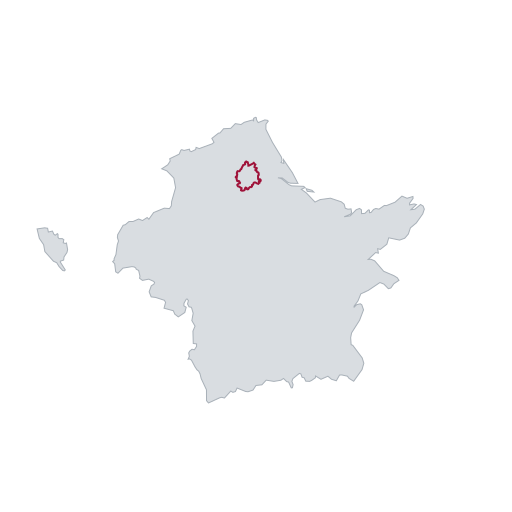 location of Lot-et-Garonne within France, rotated 141°
{"feature_id": "FRA-5319", "entity_name": "Lot-et-Garonne", "entity_type": "Metropolitan department", "adm_level": 1, "iso_a3": "FRA", "parent_name": "France", "parent_adm1": "", "projection": "mercator", "projection_center": [0.533, 44.365], "detail": "fine", "context": "in_parent", "style": "outline", "palette": "rose", "viewbox_px": 512, "rotation_deg": 141, "n_neighbors": 0, "source": "natural_earth", "source_scale": "10m", "svg_char_len": 6114}
<svg xmlns="http://www.w3.org/2000/svg" viewBox="0 0 512 512"><g transform="rotate(141 256 256)"><path d="M373.7,218.5L370.9,220.0L369.3,223.0L367.5,223.8L364.4,223.8L362.9,221.9L359.1,223.1L357.5,225.1L359.8,227.5L352.3,237.3L347.5,239.9L346.5,246.2L340.9,251.0L338.8,255.9L338.6,256.9L340.0,258.6L339.4,261.8L336.6,263.9L336.6,266.0L337.4,266.3L341.7,264.6L343.4,262.7L342.5,260.1L346.9,256.9L354.7,257.6L355.7,261.9L354.7,265.5L360.3,273.3L355.4,276.9L355.1,279.3L360.1,287.0L363.2,290.2L361.6,295.4L356.2,298.7L352.9,298.4L351.4,299.3L351.6,300.9L353.9,305.5L359.6,308.5L360.5,312.0L358.9,313.3L356.3,318.6L357.4,321.2L357.0,322.3L357.5,324.1L359.1,325.8L367.0,330.3L374.1,329.5L375.0,332.0L370.7,338.9L370.9,341.9L368.7,342.0L368.3,343.0L363.9,345.3L356.7,352.1L353.4,354.2L352.1,357.6L350.1,359.6L339.9,363.5L337.9,362.6L333.0,362.7L329.9,360.2L323.9,358.6L321.9,355.0L316.4,354.4L316.1,352.0L308.2,354.2L297.2,350.9L293.4,347.3L290.2,348.3L287.3,351.4L275.5,359.7L270.8,368.3L271.7,378.3L274.4,383.1L267.2,382.4L262.9,383.8L261.8,385.9L251.6,383.5L247.9,385.5L246.8,385.4L245.5,383.3L240.5,380.9L241.3,379.3L240.6,377.8L235.9,376.7L234.2,378.1L232.5,375.2L219.3,370.7L217.1,370.8L216.3,375.2L207.8,375.1L206.6,374.3L201.1,375.3L195.3,371.1L188.8,371.9L184.9,367.6L181.0,367.3L175.6,365.0L173.1,363.9L172.8,362.6L171.2,364.5L169.1,364.1L168.7,363.5L170.0,361.1L170.3,358.3L163.5,356.2L161.7,354.2L161.6,353.1L165.3,352.2L168.6,348.2L171.7,334.0L174.0,317.0L175.7,313.8L177.8,312.9L176.1,310.5L174.0,313.6L175.3,297.9L177.7,286.0L183.4,290.9L184.8,293.0L186.5,300.1L189.7,303.0L187.6,300.2L185.5,290.7L184.2,288.1L175.1,280.1L174.8,278.3L178.8,279.3L177.2,273.3L176.2,260.8L170.7,259.5L161.8,254.1L155.6,244.4L154.9,240.8L156.6,236.9L155.1,234.5L152.5,232.8L154.5,229.4L156.4,229.1L162.8,231.0L157.5,227.9L149.0,228.9L145.6,227.8L145.0,225.5L147.3,222.5L144.5,220.6L139.6,221.1L139.0,220.3L140.5,218.2L139.2,217.4L135.3,218.2L133.0,217.5L130.9,215.0L124.4,214.5L123.0,213.1L114.1,210.3L104.9,210.7L102.3,205.8L96.6,203.5L97.7,201.9L103.4,200.4L104.5,199.1L100.4,197.0L98.9,195.0L106.5,194.5L103.1,192.4L95.7,192.5L94.7,189.6L95.7,186.5L99.9,183.8L110.6,180.8L118.3,180.7L123.8,177.2L129.2,176.2L134.4,178.0L141.4,186.6L146.9,182.8L155.2,182.9L156.9,185.1L159.1,181.2L160.9,183.4L171.0,182.7L168.7,181.1L166.8,177.5L166.4,163.8L161.2,153.9L159.9,150.2L160.2,147.1L166.3,147.7L171.3,146.3L173.7,147.3L174.3,153.7L176.4,157.4L190.3,158.6L198.4,160.6L205.1,156.9L211.4,155.3L211.9,154.5L208.3,154.8L205.0,153.2L204.5,151.5L206.3,146.5L215.9,140.9L230.1,136.1L233.8,133.0L237.9,127.2L237.0,125.7L237.6,110.0L239.7,104.8L245.1,101.0L258.9,97.2L260.7,102.3L260.6,105.1L264.2,109.6L266.0,110.9L272.1,108.5L274.9,112.7L275.8,117.3L283.1,119.3L285.2,125.3L286.5,124.0L291.1,124.3L293.2,124.8L296.1,127.4L295.2,131.0L296.5,132.8L295.3,136.1L296.2,137.5L304.5,137.5L307.0,136.0L308.1,132.7L310.6,130.7L311.6,131.3L310.0,137.5L311.2,139.1L311.7,143.5L314.9,143.8L321.0,147.3L326.2,153.1L332.5,152.2L337.5,155.4L342.7,153.7L347.6,155.5L349.3,157.2L353.8,165.3L357.3,163.6L359.8,164.6L360.6,166.9L369.9,165.5L371.6,167.8L373.6,168.7L385.4,171.7L385.5,174.7L378.7,183.2L375.7,195.3L373.7,199.5L373.0,202.6L373.5,204.7L373.2,208.0L371.7,215.7L372.5,218.0L373.7,218.5ZM415.7,371.7L415.1,376.2L416.7,379.4L417.3,392.3L413.9,398.5L413.3,406.0L409.1,414.8L402.5,410.9L400.5,408.7L402.3,405.3L398.5,403.5L399.4,400.2L399.0,398.5L396.3,398.4L396.2,397.5L398.2,395.0L398.1,393.4L395.6,391.4L395.1,389.6L397.5,387.6L396.4,385.8L395.1,385.4L398.4,379.5L400.7,377.7L405.8,376.1L408.0,373.9L411.3,375.1L411.9,374.5L413.0,365.2L414.2,365.0L415.3,366.3L415.7,371.7ZM175.5,274.0L174.7,276.8L171.2,271.9L170.8,269.3L175.5,274.0Z" fill="#d9dde1" stroke="#a8b0b8" stroke-width="1"/><path d="M199.1,329.8L199.1,328.6L199.1,328.1L198.9,327.5L200.6,326.7L201.3,326.0L201.0,325.0L200.3,324.2L200.1,323.8L200.4,323.5L201.9,323.0L202.4,323.1L202.4,322.7L202.3,322.3L202.1,322.1L202.0,321.7L202.0,321.4L202.3,320.8L202.3,320.5L202.2,320.2L201.9,319.9L201.7,319.7L201.7,319.4L201.7,319.0L201.9,318.6L202.8,317.3L203.0,317.2L203.5,317.3L203.9,317.1L205.9,314.6L206.0,314.0L205.8,313.7L204.9,313.4L204.6,313.1L204.5,312.7L204.5,312.2L204.7,311.8L205.0,311.6L205.3,311.4L205.6,311.3L205.9,311.3L206.1,311.6L206.3,311.9L206.6,312.1L206.9,312.1L207.0,311.9L207.1,311.7L207.1,311.1L207.2,310.9L207.3,310.7L208.2,310.8L208.5,310.7L208.8,310.6L209.5,311.7L209.9,312.9L210.5,313.9L211.4,314.3L212.0,314.2L213.4,313.3L213.7,313.4L214.2,313.6L214.4,313.7L214.7,313.5L215.0,312.9L215.3,312.6L215.6,312.5L216.5,312.6L217.0,313.2L217.5,313.4L218.6,313.3L219.9,312.8L220.3,312.9L220.8,313.3L221.0,313.9L220.9,314.4L220.5,314.9L221.0,315.7L221.7,315.6L223.2,314.5L224.0,314.5L225.0,315.0L225.9,315.7L226.3,316.5L226.0,316.8L224.9,317.4L224.6,317.7L224.5,317.9L224.6,318.0L224.8,318.4L224.9,318.5L225.0,318.7L225.1,318.9L225.0,319.3L225.1,319.5L225.2,319.8L225.3,320.0L225.4,320.4L225.4,320.6L225.6,320.8L226.0,321.1L226.1,321.4L226.1,321.7L226.1,322.0L226.0,322.7L225.7,323.1L223.9,323.2L223.4,323.1L223.2,323.0L223.0,322.8L222.8,322.7L222.6,322.8L222.4,322.9L222.4,323.1L222.3,323.3L222.4,323.5L222.3,323.9L222.3,324.1L222.0,324.6L222.0,324.8L222.2,325.2L222.3,325.3L223.0,325.6L223.3,325.9L223.4,326.1L223.4,326.3L223.3,326.5L222.5,328.3L222.2,328.6L221.7,329.0L221.8,329.2L222.0,329.3L222.1,329.5L222.2,329.9L222.1,330.1L221.9,330.2L221.7,330.2L221.3,330.2L220.9,330.0L220.7,330.0L220.3,330.1L220.2,330.2L220.1,330.4L220.1,330.5L220.0,330.8L219.8,330.9L219.3,331.2L219.1,331.3L219.0,331.5L218.9,332.0L218.8,332.5L217.4,333.4L216.9,333.5L216.7,333.3L216.1,332.7L215.9,332.5L215.4,332.3L215.0,332.4L213.5,333.0L213.3,333.0L213.1,333.0L212.8,332.8L212.6,332.9L212.3,333.0L212.1,333.2L210.5,334.0L210.0,334.1L209.7,334.2L209.1,334.7L208.9,334.7L208.7,334.7L208.1,334.5L207.0,334.1L206.8,334.1L206.6,334.2L206.5,334.4L206.2,335.0L205.9,335.4L205.6,335.6L205.4,335.6L205.2,335.6L205.1,335.3L204.8,335.2L204.7,335.2L204.1,335.5L203.4,333.9L203.8,333.4L204.3,332.1L205.1,331.0L204.7,330.7L200.3,329.8L199.1,329.8Z" fill="none" stroke="#9f1239" stroke-width="2"/></g></svg>